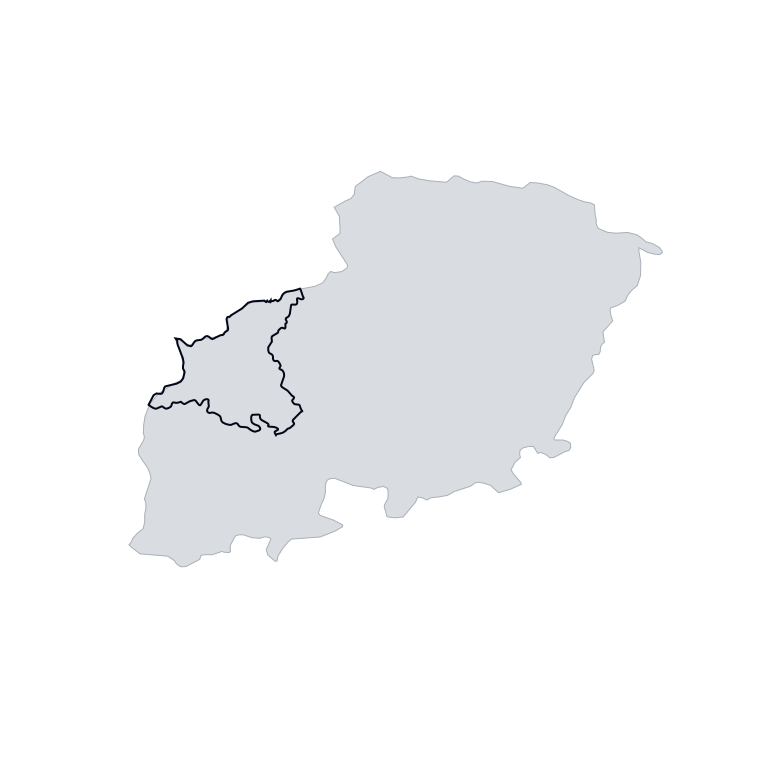 where Jihomoravský sits in Czechia, rotated 140°
{"feature_id": "CZE-10370", "entity_name": "Jihomoravský", "entity_type": "Region", "adm_level": 1, "iso_a3": "CZE", "parent_name": "Czechia", "parent_adm1": "", "projection": "orthographic", "projection_center": [16.577, 49.119], "detail": "fine", "context": "in_parent", "style": "outline", "palette": "ink", "viewbox_px": 768, "rotation_deg": 140, "n_neighbors": 0, "source": "natural_earth", "source_scale": "10m", "svg_char_len": 7274}
<svg xmlns="http://www.w3.org/2000/svg" viewBox="0 0 768 768"><g transform="rotate(140 384 384)"><path d="M682.7,424.8L680.4,425.0L675.3,427.3L668.8,428.2L661.6,428.0L656.2,431.9L651.1,438.0L645.8,442.3L642.9,446.1L641.4,450.0L623.3,461.2L620.8,465.8L618.9,472.0L618.2,480.4L617.1,487.9L614.0,491.9L604.1,495.5L601.6,497.4L599.8,501.2L594.3,507.2L587.9,512.8L575.9,519.4L562.9,521.5L546.0,519.6L536.2,517.2L531.4,520.0L524.9,528.4L517.9,542.7L515.0,553.5L512.7,550.5L508.6,539.1L504.0,537.6L497.7,536.6L493.0,534.9L482.9,528.3L477.6,526.4L471.7,525.8L465.9,529.7L461.6,534.2L448.1,534.1L433.4,531.9L412.4,516.6L407.0,516.4L401.1,517.0L392.0,513.4L374.3,503.3L366.0,500.9L360.7,502.2L355.9,504.3L352.4,504.5L350.5,501.2L344.0,497.2L337.4,496.6L335.4,498.9L332.7,520.4L330.2,528.2L321.1,527.6L317.8,531.2L310.3,541.4L308.6,551.4L296.2,549.1L290.3,547.3L285.0,548.4L279.0,553.8L262.8,553.0L250.1,549.2L245.0,536.7L239.3,531.6L232.1,526.9L229.6,525.8L225.7,518.9L218.4,510.3L206.4,498.3L196.7,498.5L193.2,495.3L191.8,491.0L188.1,483.6L183.8,478.4L178.4,476.2L170.8,469.4L160.9,454.9L151.8,444.7L142.5,444.4L136.9,439.0L131.2,432.1L127.2,425.4L121.2,409.4L116.7,400.2L113.2,394.5L109.1,389.6L107.7,385.9L113.5,377.9L115.6,373.8L118.1,370.8L119.6,367.5L119.7,365.0L115.3,356.5L109.1,350.2L100.0,343.6L94.3,335.7L92.5,328.6L92.1,324.7L88.2,319.3L85.3,311.5L85.6,307.0L86.5,305.7L89.7,305.9L93.0,309.2L97.6,315.5L101.1,324.5L103.8,321.3L109.0,312.2L117.9,302.1L126.7,296.6L134.3,296.5L140.6,295.2L145.9,292.4L154.9,294.1L161.3,296.6L163.5,295.3L166.4,289.9L168.3,285.3L182.9,283.2L188.2,274.3L191.0,274.4L194.3,273.2L197.5,269.9L200.5,268.6L202.7,270.4L205.8,271.7L209.0,269.6L214.2,259.3L216.9,257.8L229.6,256.7L247.0,251.1L255.9,246.0L264.5,243.3L273.9,238.2L288.6,233.5L289.3,231.4L282.8,225.9L280.6,222.5L279.2,219.0L281.7,215.3L284.9,214.2L289.0,215.9L301.0,218.5L304.3,220.8L305.4,226.2L308.3,231.3L310.8,231.9L309.7,240.1L313.5,243.3L319.1,245.9L322.9,245.5L325.7,242.3L326.7,240.0L334.3,239.8L341.9,236.5L342.7,230.9L342.4,220.4L343.3,218.9L354.7,222.1L366.1,227.1L367.5,237.5L370.5,242.7L374.1,247.4L377.6,249.6L383.6,250.1L399.2,256.5L406.8,257.8L414.5,262.2L421.0,266.6L425.7,267.6L427.9,272.4L430.8,275.7L436.0,273.2L454.9,269.8L461.7,274.5L466.3,279.5L466.9,281.1L464.5,285.5L463.3,289.0L461.3,291.2L454.8,293.6L451.1,297.5L448.4,301.7L450.2,305.8L455.5,308.9L459.3,309.6L460.7,312.6L472.8,326.0L482.4,343.5L486.2,346.2L489.7,346.8L493.8,344.3L498.5,338.6L504.1,334.5L508.8,332.4L517.1,327.5L517.4,324.4L510.4,312.6L506.4,303.1L507.3,301.3L516.2,302.8L531.3,307.9L554.6,324.7L558.8,324.7L566.9,323.3L575.7,320.4L579.8,317.2L581.4,318.3L582.9,327.7L580.7,332.8L570.2,338.0L570.8,340.4L573.6,343.6L578.4,345.7L584.3,351.6L588.4,358.5L591.9,361.7L595.8,363.1L605.4,359.2L608.1,356.3L609.3,354.2L611.2,354.6L614.6,357.9L615.7,359.9L625.2,363.6L630.7,368.2L634.2,370.4L638.0,368.1L653.0,371.5L657.2,374.6L658.6,379.9L658.0,383.1L660.5,391.3L680.0,410.6L682.3,420.7L682.7,424.8Z" fill="#d9dde1" stroke="#a8b0b8" stroke-width="1"/><path d="M401.4,517.8L399.4,517.3L392.4,513.2L387.0,511.0L387.3,509.7L387.6,508.9L388.0,507.8L389.4,504.3L389.9,502.9L389.9,502.3L390.2,501.7L390.6,501.3L391.1,501.2L391.7,501.3L392.4,501.6L393.0,502.2L394.7,505.0L395.2,505.3L395.8,505.2L396.2,504.8L397.0,503.7L397.3,503.1L397.9,502.4L398.9,501.6L399.4,501.4L400.1,501.4L400.7,501.6L403.4,504.0L403.9,504.2L404.5,504.1L411.1,498.2L413.6,497.1L416.8,497.4L417.4,497.1L417.8,496.5L418.3,494.6L418.6,493.9L419.1,493.6L419.6,493.4L420.4,493.4L420.8,493.5L423.2,490.6L423.8,490.3L424.4,490.3L424.9,491.0L425.3,491.8L425.7,492.4L426.2,492.8L427.3,493.1L430.0,493.0L430.5,492.8L432.1,491.6L432.6,491.5L438.8,492.5L439.7,492.2L440.5,491.6L442.4,488.8L442.7,488.5L449.1,486.5L451.1,484.1L451.7,482.7L451.9,482.0L451.9,481.4L451.7,480.8L451.0,479.0L450.9,478.4L450.9,477.8L451.1,477.1L451.4,476.4L452.7,474.8L453.1,474.1L453.3,473.4L453.3,472.7L453.1,472.1L452.8,471.6L452.3,471.2L451.2,470.6L450.8,470.1L450.6,469.5L450.5,468.7L450.7,467.0L451.1,465.3L451.4,464.6L451.9,464.2L453.8,463.5L454.1,463.2L454.2,462.7L454.1,462.2L454.0,461.8L453.3,460.6L453.2,460.1L453.1,459.4L453.2,458.5L453.4,457.6L453.7,456.7L454.6,455.2L455.8,454.0L463.6,449.3L464.0,448.6L464.1,447.8L464.0,446.8L462.3,441.5L462.1,440.5L462.0,434.2L461.4,432.4L461.5,431.7L461.7,431.3L462.1,431.0L464.8,430.5L465.2,430.1L465.4,429.4L465.6,428.6L465.6,427.8L465.6,426.9L465.4,426.1L465.0,425.5L462.6,423.0L462.4,422.4L462.4,421.7L463.5,418.9L463.9,417.3L464.1,415.8L466.3,416.0L476.9,415.0L477.7,414.3L478.0,413.8L478.1,412.9L478.2,411.7L478.7,411.1L479.5,410.8L484.2,410.8L484.9,410.9L486.0,411.5L486.9,411.6L489.9,411.4L492.1,411.6L494.2,412.3L498.7,414.6L499.6,414.3L499.3,416.0L498.9,417.1L498.4,417.6L497.8,417.7L495.0,417.1L494.4,417.3L494.1,417.8L494.2,418.6L494.5,419.6L495.8,421.7L499.6,425.4L499.8,425.9L499.8,426.3L499.6,426.6L498.6,427.1L498.4,427.6L498.4,428.4L498.7,429.3L500.9,435.0L501.0,435.8L501.0,436.6L500.9,437.3L500.6,437.9L500.2,438.6L499.6,439.2L499.2,439.8L499.3,440.5L499.7,441.2L504.6,445.0L505.4,444.9L506.2,444.6L507.0,444.0L508.4,442.3L509.4,440.7L509.7,439.9L509.8,439.1L509.7,438.2L509.5,437.3L508.8,435.7L507.2,432.9L507.0,432.5L507.0,431.9L507.1,430.2L507.5,429.4L508.0,428.9L508.8,428.7L509.7,428.8L513.2,430.2L513.8,430.8L514.9,432.5L515.7,434.6L516.4,437.8L516.7,438.5L517.1,439.2L521.3,443.3L521.6,443.8L521.8,444.4L522.0,445.1L521.8,447.8L522.1,448.5L522.6,449.2L524.1,450.0L527.5,451.0L529.3,452.8L531.0,455.3L532.1,457.8L532.3,458.8L532.3,459.6L532.2,460.2L532.1,460.5L532.0,460.8L530.6,463.5L530.4,464.4L530.4,465.5L531.3,468.2L532.5,470.8L533.7,472.4L536.0,473.8L536.4,474.1L536.8,474.7L537.0,475.4L537.1,476.2L536.9,476.9L536.5,477.5L535.4,478.3L533.0,479.2L532.5,479.6L530.2,483.0L528.8,484.3L528.7,484.9L528.9,485.6L529.4,486.2L530.1,486.7L531.7,487.4L533.3,487.4L537.7,485.9L538.4,485.9L538.9,486.3L539.1,486.9L539.2,487.9L539.0,492.2L539.2,492.9L539.5,493.4L540.0,493.9L543.8,495.6L549.4,496.7L549.8,497.0L550.2,497.5L550.7,498.9L551.0,500.9L554.2,502.3L555.8,503.6L556.8,505.0L557.4,505.4L558.1,505.5L558.8,505.3L561.6,503.7L564.3,504.0L566.4,504.9L566.8,505.2L567.4,506.2L567.8,507.5L568.1,508.9L568.4,509.5L569.0,509.9L573.9,511.3L574.8,511.9L575.5,512.8L576.1,513.9L577.0,516.3L577.7,519.4L567.7,523.5L564.4,523.0L561.6,520.1L560.2,519.5L558.1,520.1L556.4,521.3L554.7,522.4L553.1,522.8L542.7,517.6L538.3,516.5L534.3,517.4L529.4,521.0L528.6,522.3L528.1,524.9L526.8,526.6L523.7,529.3L521.5,533.1L516.9,546.5L515.9,548.4L514.5,550.2L514.3,552.8L511.1,549.1L509.8,540.0L507.6,537.0L506.1,536.9L502.6,538.1L500.9,538.3L499.2,537.7L495.9,535.5L494.5,535.1L491.0,535.2L489.6,535.0L488.4,534.1L487.7,532.5L487.4,530.5L486.7,528.8L484.9,528.1L483.3,527.9L477.8,526.4L476.3,525.4L475.5,525.1L474.6,525.2L473.0,525.9L472.0,525.9L469.4,525.5L467.8,526.6L463.2,534.5L462.2,535.4L460.8,535.9L460.3,535.7L459.1,534.7L457.2,535.0L444.4,533.1L435.9,533.6L431.1,531.5L422.0,524.7L421.9,524.0L421.9,523.1L421.5,522.5L419.9,522.9L419.8,521.4L419.2,520.8L418.1,520.7L417.0,521.0L417.9,519.8L417.2,519.8L416.5,519.5L415.5,518.8L413.8,518.6L413.2,518.3L412.7,517.6L412.4,515.9L411.8,515.5L409.1,515.5L408.3,515.7L405.0,517.4L403.5,517.8L401.4,517.8Z" fill="none" stroke="#020617" stroke-width="2"/></g></svg>